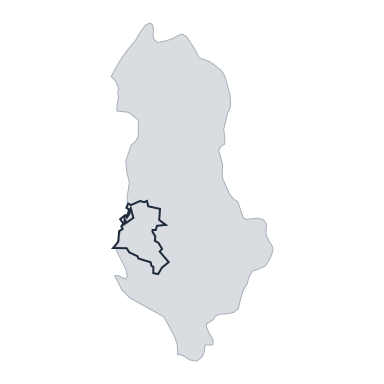 where Fier sits in Albania
{"feature_id": "ALB-1495", "entity_name": "Fier", "entity_type": "County", "adm_level": 1, "iso_a3": "ALB", "parent_name": "Albania", "parent_adm1": "", "projection": "robinson", "projection_center": [19.627, 40.746], "detail": "coarse", "context": "in_parent", "style": "outline", "palette": "slate", "viewbox_px": 384, "rotation_deg": 0, "n_neighbors": 0, "source": "natural_earth", "source_scale": "10m", "svg_char_len": 2116}
<svg xmlns="http://www.w3.org/2000/svg" viewBox="0 0 384 384"><path d="M116.8,110.9L117.1,105.2L118.5,96.3L117.7,93.4L118.6,88.3L115.8,81.5L111.2,76.6L115.6,68.0L122.1,57.5L128.1,49.3L135.4,40.6L140.2,32.3L145.5,25.2L149.9,23.0L152.2,24.6L153.4,27.7L153.1,36.9L154.6,40.1L157.7,42.4L164.3,41.3L171.5,39.0L181.3,34.1L182.9,34.4L186.6,36.9L194.1,48.1L199.2,57.9L209.0,61.3L214.6,65.1L221.7,70.9L225.1,76.8L230.0,94.6L230.6,105.4L229.2,110.3L228.0,111.6L223.7,129.2L224.8,138.1L224.8,144.0L221.0,146.4L218.6,150.1L222.7,164.7L222.2,170.9L222.4,178.1L229.7,194.4L234.1,199.5L237.9,201.9L242.9,216.9L245.8,219.5L257.8,218.1L263.6,219.8L266.0,223.3L266.5,225.8L265.8,234.2L268.8,240.7L272.8,247.3L272.8,251.4L270.2,258.1L265.4,265.8L259.1,268.8L252.1,271.4L248.8,277.4L247.2,283.8L244.0,288.6L242.1,293.8L239.2,304.5L238.5,308.3L233.8,312.3L226.5,313.9L219.9,314.2L215.4,316.0L213.2,319.6L209.0,322.6L206.5,323.9L206.5,327.2L209.6,334.0L213.1,339.6L213.1,344.0L211.4,345.2L206.1,344.7L204.9,346.3L204.3,351.3L202.9,355.5L200.7,358.1L196.9,361.0L189.8,360.0L183.2,355.8L179.7,354.5L177.7,354.6L177.2,344.2L174.3,336.1L163.8,316.7L129.7,297.9L121.7,289.5L118.2,282.4L114.7,275.7L118.1,275.5L121.4,277.2L125.7,279.2L127.4,275.9L125.6,268.6L116.8,251.4L116.2,246.7L120.5,232.4L127.6,216.4L127.2,196.9L129.4,182.2L126.9,172.6L125.8,160.9L131.0,145.4L135.5,141.5L138.2,136.6L138.4,120.0L128.4,112.3L116.8,110.9Z" fill="#d9dde1" stroke="#a8b0b8" stroke-width="1"/><path d="M113.1,248.0L118.3,241.6L119.1,231.1L122.6,229.0L121.3,226.3L123.3,223.6L120.2,219.2L125.8,214.6L124.5,216.0L124.5,223.2L125.5,221.6L125.8,223.2L133.4,217.8L130.8,208.5L129.3,214.0L127.0,217.4L126.4,216.2L129.1,211.7L128.9,209.3L126.4,207.8L128.2,203.6L131.0,205.0L140.2,201.0L144.1,202.2L146.9,200.9L148.3,206.3L160.0,208.9L159.2,220.0L165.8,224.9L157.0,225.8L155.7,230.0L152.6,230.0L152.5,231.7L155.3,236.4L154.9,240.8L158.5,242.9L162.1,248.9L159.7,251.6L168.7,262.1L161.9,267.7L158.1,274.1L153.3,273.1L153.4,266.8L151.4,265.9L150.7,262.3L138.4,258.5L137.5,256.2L129.4,252.5L126.6,248.2L113.1,248.0Z" fill="none" stroke="#1e293b" stroke-width="2"/></svg>